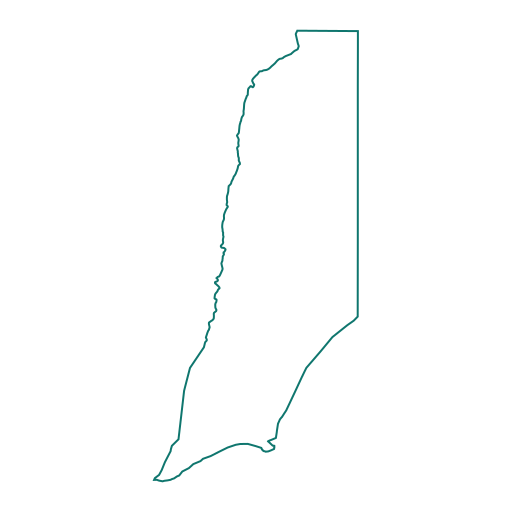 outline of Albardón, San Juan, Argentina
{"feature_id": "61730980B78651805295457", "entity_name": "Albardón", "entity_type": "district", "adm_level": 2, "iso_a3": "ARG", "parent_name": "Argentina", "parent_adm1": "San Juan", "projection": "robinson", "projection_center": [-68.511, -31.217], "detail": "fine", "context": "isolated", "style": "outline", "palette": "teal", "viewbox_px": 512, "rotation_deg": 0, "n_neighbors": 0, "source": "geoboundaries", "source_scale": "gbopen_adm2", "svg_char_len": 5436}
<svg xmlns="http://www.w3.org/2000/svg" viewBox="0 0 512 512"><path d="M274.3,445.8L273.9,445.7L273.5,445.7L273.1,445.7L272.9,445.7L272.7,445.6L272.3,445.3L270.2,443.3L268.3,441.5L268.1,441.4L268.2,441.2L268.3,441.2L269.0,440.8L269.2,440.7L269.6,440.5L271.0,440.0L272.7,439.3L275.8,438.0L275.9,437.9L276.8,432.0L276.9,430.9L278.0,423.7L279.5,420.4L279.9,419.4L280.4,418.8L281.7,417.2L281.9,417.1L283.5,414.6L284.3,413.3L284.8,412.6L286.3,410.3L286.4,410.1L286.5,409.8L289.5,403.5L291.9,398.4L295.1,391.6L302.3,376.1L302.6,375.7L302.7,375.3L303.1,374.5L304.6,371.4L306.4,367.8L320.9,351.0L332.4,337.1L347.3,325.2L353.7,320.7L357.7,316.6L357.8,242.3L357.8,203.1L357.8,163.9L357.8,85.5L357.9,46.3L357.9,31.1L297.3,30.7L296.0,33.4L295.8,34.0L295.8,34.4L297.7,42.8L297.8,43.2L297.9,43.7L298.2,44.5L298.6,45.7L298.7,46.3L298.2,47.8L297.8,49.0L297.4,49.4L296.2,50.1L295.4,50.4L294.8,50.8L294.0,51.3L293.0,52.2L291.6,53.4L291.2,53.9L290.8,54.1L286.2,55.9L285.7,56.1L285.3,56.3L284.8,56.6L284.5,56.8L284.1,57.0L283.8,57.2L283.2,57.7L282.8,58.1L282.4,58.3L281.9,58.4L281.4,58.6L280.0,58.8L279.6,58.9L279.1,59.2L278.6,59.5L277.9,60.1L277.1,60.8L275.3,62.9L274.8,63.5L274.4,63.8L274.0,64.2L273.4,64.7L272.9,65.2L272.3,65.6L271.8,66.1L271.1,66.7L270.3,67.6L269.5,68.2L269.2,68.5L268.8,68.8L268.3,69.1L267.3,69.6L266.6,69.9L265.5,70.1L264.6,70.2L263.9,70.3L263.2,70.5L261.9,71.2L259.7,71.4L259.2,71.7L257.5,74.2L257.0,74.7L256.7,75.0L256.0,75.5L255.0,76.6L254.2,77.4L253.5,78.2L252.9,78.9L252.6,79.5L252.3,80.0L252.2,80.6L252.2,81.0L252.4,81.4L253.2,83.1L253.3,83.5L253.6,83.9L254.0,84.2L254.2,84.7L254.0,85.4L253.6,86.4L253.3,86.8L252.8,87.2L252.2,87.0L251.9,86.7L251.6,86.5L251.3,86.3L250.9,86.2L250.5,86.2L250.2,86.6L248.5,88.4L248.1,89.4L247.8,93.1L247.8,94.4L247.5,95.3L246.8,96.0L246.5,96.9L246.2,97.9L245.9,98.4L244.4,102.7L244.2,103.9L244.1,105.2L244.0,106.8L243.9,108.5L243.8,109.4L243.6,110.6L243.5,111.3L243.6,112.2L243.6,113.5L243.6,114.1L243.4,114.8L243.0,115.6L242.5,116.3L242.1,116.8L241.9,117.2L241.5,118.4L241.2,119.6L241.2,120.1L241.1,120.6L241.0,121.0L240.7,121.5L240.5,121.9L240.4,122.5L239.9,124.1L239.6,125.4L239.4,127.1L239.3,128.3L239.1,130.2L239.0,131.3L238.8,132.7L238.6,133.3L238.0,134.0L237.6,134.5L237.3,135.0L237.0,135.6L237.3,136.4L238.2,138.0L238.7,139.5L238.6,140.8L238.3,142.6L238.3,143.8L238.6,145.4L238.5,146.3L237.3,147.4L237.1,148.2L237.5,150.1L237.8,151.1L237.8,152.7L238.0,153.6L238.0,154.4L238.1,155.6L238.2,156.4L238.8,158.0L238.8,158.9L238.8,160.6L239.2,161.5L239.9,163.1L239.9,164.1L238.6,165.3L238.1,166.1L237.8,167.8L237.5,168.9L236.9,170.7L236.3,172.1L235.8,173.5L235.5,174.1L234.6,175.6L233.8,176.5L233.2,178.3L232.8,179.2L232.0,180.7L231.5,181.7L231.1,183.3L230.6,184.2L229.3,185.5L228.7,186.1L228.5,187.8L228.4,188.9L228.3,190.8L228.2,191.8L227.9,193.2L227.6,194.3L227.0,196.1L226.9,197.2L226.9,198.7L226.9,199.7L227.1,201.4L227.2,202.1L226.7,203.9L226.6,205.0L227.6,206.1L227.8,206.8L226.9,208.2L226.2,209.3L225.4,211.1L224.8,212.5L224.3,213.9L224.0,214.9L223.9,216.3L224.0,217.3L224.0,218.7L223.8,219.7L223.2,221.0L222.9,221.5L222.6,222.6L222.3,224.6L222.2,226.1L222.2,227.3L222.5,229.0L222.6,230.0L222.7,231.6L223.1,232.4L223.1,234.3L223.1,235.3L223.5,236.8L223.2,238.0L222.9,239.6L222.9,240.8L223.2,242.3L222.9,243.5L221.8,244.8L221.0,245.5L220.8,246.1L221.0,246.7L221.3,247.3L221.6,247.6L223.5,247.9L224.3,248.1L225.5,249.3L225.3,250.3L224.5,251.6L223.9,252.2L223.6,252.4L223.5,253.2L223.9,253.8L223.9,254.5L223.3,255.5L222.8,256.3L222.7,257.3L222.7,258.2L222.5,259.3L222.4,260.8L221.9,261.9L221.4,263.4L221.6,264.5L222.0,266.2L222.3,267.3L222.5,268.3L222.6,268.9L222.3,270.0L220.5,274.0L220.1,274.9L219.2,276.4L218.1,276.8L217.6,277.0L217.3,277.3L217.0,277.8L216.6,278.1L217.1,278.6L217.4,279.0L217.8,279.7L217.9,280.2L217.8,280.6L217.6,280.9L216.6,281.6L216.0,281.7L215.4,281.9L215.0,282.3L215.0,283.0L215.3,283.5L216.1,284.1L217.5,285.4L218.3,286.1L219.3,287.3L219.5,287.8L219.5,288.3L218.2,289.5L217.8,290.2L217.5,291.1L217.2,291.6L216.5,292.4L215.5,293.6L215.0,294.7L214.7,296.6L214.6,297.8L214.5,298.1L214.7,298.5L215.3,299.0L216.0,299.2L216.4,299.5L216.6,300.0L216.5,300.6L216.3,301.9L215.5,303.3L215.2,304.9L215.3,305.8L215.3,307.0L215.4,307.6L215.6,308.3L215.9,308.9L216.3,309.5L216.4,310.2L216.1,311.1L215.5,311.6L214.4,312.5L214.0,312.9L213.8,313.6L213.8,314.5L213.9,315.9L213.8,318.2L213.5,319.0L212.3,320.3L211.4,320.8L209.9,321.9L209.4,322.2L209.0,322.6L208.9,323.2L208.9,323.8L209.1,324.9L209.5,326.5L209.6,327.4L209.1,329.0L208.9,329.8L208.3,330.6L208.1,331.0L207.4,332.8L206.6,335.3L206.0,337.1L205.9,337.5L206.1,338.0L206.6,339.1L206.8,339.9L206.8,340.2L206.6,340.6L206.4,340.9L205.7,341.6L205.2,342.2L204.8,343.5L204.6,344.5L204.4,345.3L203.9,347.3L190.0,367.9L184.8,388.0L184.1,390.8L178.5,439.3L171.9,445.8L170.9,449.2L170.6,451.2L168.1,456.0L164.9,462.2L161.7,470.1L159.1,474.9L154.9,478.1L154.7,478.5L154.1,479.9L156.7,479.8L157.6,480.1L159.0,480.6L162.6,481.3L164.3,480.8L167.5,480.4L170.6,479.8L171.9,479.1L174.1,478.4L177.0,476.4L179.2,475.5L182.3,471.5L188.9,468.1L193.3,464.1L200.5,461.1L203.0,458.8L210.6,456.1L218.4,452.1L227.7,447.5L235.7,444.8L240.2,444.0L247.8,443.9L255.7,446.1L261.3,447.9L261.7,448.7L261.8,449.2L262.0,449.6L262.4,449.7L262.8,450.2L263.1,450.7L263.5,451.0L264.1,451.2L264.7,451.2L265.2,451.5L265.6,451.7L268.3,451.4L270.9,450.4L274.0,449.0L274.2,447.6L274.3,447.7L274.4,447.2L274.3,445.8Z" fill="none" stroke="#0f766e" stroke-width="2"/></svg>